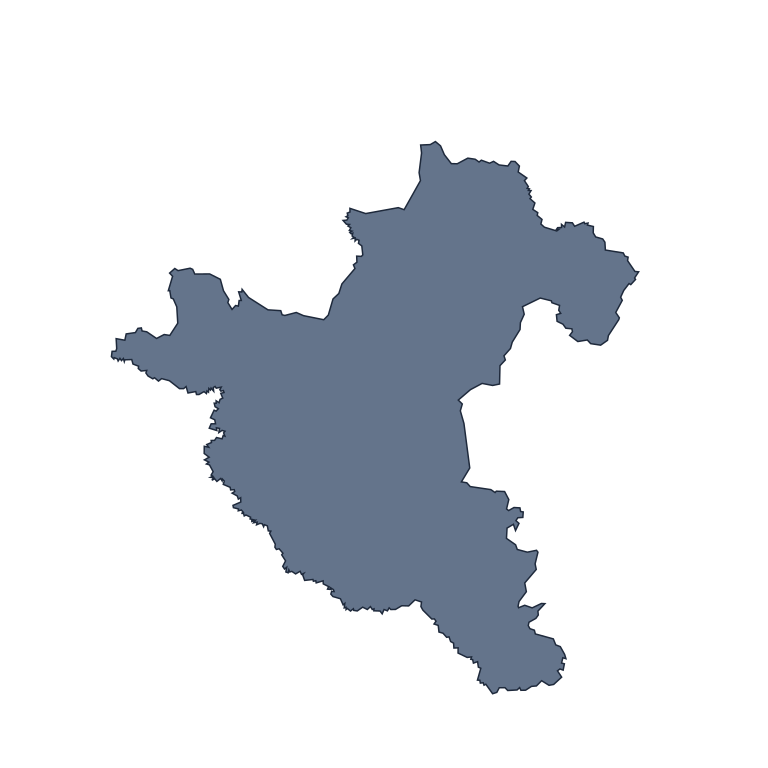 the district of Sawang Daen Din, Sakon Nakhon, Thailand, rotated 290°
{"feature_id": "78962969B25029845772948", "entity_name": "Sawang Daen Din", "entity_type": "district", "adm_level": 2, "iso_a3": "THA", "parent_name": "Thailand", "parent_adm1": "Sakon Nakhon", "projection": "mercator", "projection_center": [103.39, 17.476], "detail": "fine", "context": "isolated", "style": "filled", "palette": "slate", "viewbox_px": 768, "rotation_deg": 290, "n_neighbors": 0, "source": "geoboundaries", "source_scale": "gbopen_adm2", "svg_char_len": 6171}
<svg xmlns="http://www.w3.org/2000/svg" viewBox="0 0 768 768"><g transform="rotate(290 384 384)"><path d="M215.0,290.4L216.8,293.1L215.3,295.7L213.6,294.3L214.4,296.2L212.2,297.8L213.7,299.1L213.2,304.2L211.4,304.3L211.8,308.0L210.5,306.5L209.6,306.8L211.8,309.8L209.0,308.9L210.8,312.1L208.1,312.4L210.6,315.1L211.0,317.4L208.7,319.7L210.9,319.7L210.8,322.9L206.4,325.5L207.0,328.0L204.5,327.6L196.3,336.6L193.3,337.3L191.7,339.5L193.3,341.8L190.4,346.9L188.5,346.3L184.1,352.0L178.0,351.2L176.1,353.8L178.4,355.2L173.8,356.1L173.8,358.5L176.7,358.2L175.1,359.7L176.4,361.5L175.3,365.9L179.3,369.2L176.9,371.6L178.5,373.3L176.9,372.8L172.3,376.6L176.0,384.1L174.5,385.1L175.8,387.2L173.9,388.3L178.2,394.1L175.4,395.3L174.7,401.2L171.9,401.1L172.8,404.4L174.3,403.1L173.5,406.8L171.9,408.1L171.2,405.7L168.4,405.9L166.8,408.7L167.3,416.5L162.5,421.1L164.4,422.2L160.0,423.2L161.2,424.7L159.1,425.5L160.5,426.2L159.2,430.2L162.3,432.1L160.9,433.0L161.6,436.5L167.0,440.3L166.4,445.5L170.2,447.4L168.1,450.1L169.3,451.5L167.4,452.0L169.3,457.9L167.4,460.9L172.1,461.2L172.0,464.8L175.4,465.4L174.4,467.5L176.1,471.9L181.7,476.5L183.9,483.1L191.8,487.0L192.0,493.8L187.5,494.8L184.8,497.9L179.5,509.3L180.5,511.7L178.9,514.0L175.6,513.1L175.7,517.5L169.7,520.5L170.0,524.7L167.4,529.5L168.6,531.6L164.8,534.7L164.3,538.0L159.8,540.0L161.4,543.9L156.5,545.6L155.5,555.7L157.5,559.6L155.0,559.7L155.3,561.6L152.3,563.5L155.1,566.9L150.2,569.5L150.0,572.2L137.7,573.1L138.4,575.4L135.9,576.8L137.2,579.4L135.2,581.0L136.7,582.4L130.1,592.0L132.8,595.5L138.0,596.2L140.0,601.6L138.3,605.1L142.0,613.7L145.1,615.3L143.0,617.4L144.7,621.8L150.3,626.0L152.4,630.5L159.1,633.6L157.3,642.1L159.7,646.2L169.3,651.2L173.8,645.1L176.4,646.8L176.4,650.2L182.8,649.2L182.5,646.3L187.9,645.7L188.1,648.9L191.7,646.2L197.5,639.5L197.6,634.6L202.4,630.3L200.9,611.7L204.1,609.5L204.0,604.8L206.3,602.2L209.7,601.7L215.7,606.9L219.7,608.0L223.2,606.3L232.6,610.3L231.6,607.0L224.3,599.8L224.2,591.9L219.8,587.0L221.0,586.0L225.8,585.3L237.5,588.8L245.2,584.3L261.8,590.5L266.7,587.5L278.6,586.2L279.9,584.2L275.0,576.2L274.1,565.8L277.9,562.7L280.8,551.9L290.7,548.9L296.4,553.6L291.3,557.7L299.2,558.5L300.7,554.7L304.1,555.5L306.1,560.1L311.4,558.6L310.9,556.0L314.1,554.1L312.4,548.4L307.7,544.4L308.5,541.9L318.1,540.8L324.2,534.1L321.7,526.2L320.0,525.5L321.3,520.5L317.1,500.1L319.5,495.6L318.5,490.2L334.4,493.3L374.3,472.6L384.9,464.9L392.0,464.4L394.3,459.3L408.3,467.2L418.1,476.0L419.8,486.6L423.5,492.6L440.9,486.7L448.1,489.8L451.5,487.1L460.6,490.7L467.2,490.2L481.7,493.2L488.3,491.2L497.5,491.9L504.0,487.7L518.2,501.4L519.4,512.8L517.8,514.0L517.9,522.1L513.0,523.0L510.8,525.9L508.1,522.3L502.1,525.2L501.4,531.7L498.6,535.8L500.1,541.7L497.6,543.2L493.2,541.8L490.2,551.6L494.9,560.0L492.6,564.4L494.6,574.3L501.5,579.1L506.3,578.3L524.8,582.6L526.7,582.5L530.5,577.3L544.1,579.3L546.5,576.7L553.9,577.3L562.2,579.9L561.8,581.9L568.3,584.6L569.3,583.2L576.5,584.9L575.6,581.3L583.2,570.7L586.7,570.0L586.6,566.5L589.0,564.0L585.6,546.2L592.8,543.1L595.1,539.9L594.6,532.6L597.6,528.9L603.6,526.9L602.9,520.8L605.0,520.7L603.3,517.8L604.5,516.6L597.4,509.2L599.9,505.9L598.0,499.4L593.3,500.0L594.7,496.2L591.8,497.3L590.3,493.7L588.4,493.2L589.1,495.4L586.9,494.0L586.2,481.1L588.0,476.7L592.7,476.2L594.8,470.3L597.6,469.9L599.0,464.1L605.7,463.9L608.1,457.8L610.1,458.5L612.0,455.2L616.0,456.0L615.3,453.5L617.1,453.9L616.8,451.6L618.9,452.1L623.1,446.4L626.4,447.8L629.1,437.6L635.1,436.7L637.9,431.0L636.7,427.3L631.2,425.8L629.2,417.2L630.7,410.8L627.6,407.7L627.6,398.9L625.1,397.4L626.4,392.8L624.9,385.5L616.0,377.5L614.1,371.9L620.1,362.3L627.1,355.7L629.4,349.4L624.8,345.6L621.1,336.7L613.9,340.3L594.6,344.7L587.6,348.7L554.7,343.3L554.6,337.1L537.9,308.5L537.4,291.9L534.0,293.2L532.0,291.0L529.8,292.5L528.2,291.1L528.0,293.6L525.3,293.0L523.7,289.6L521.3,294.0L522.1,297.0L520.1,296.1L519.5,299.4L516.4,298.9L516.7,301.6L514.7,300.0L513.9,301.8L515.0,303.1L512.2,303.4L511.6,305.5L509.9,304.6L511.4,307.0L508.5,307.9L510.6,308.9L510.5,311.4L507.4,311.9L506.2,315.9L498.1,319.9L496.2,319.1L494.8,314.6L489.2,316.9L485.5,314.5L482.6,317.2L463.6,310.2L453.6,310.6L446.5,307.0L429.7,308.1L423.8,305.4L420.7,285.0L421.2,277.1L414.5,267.4L414.2,264.6L417.6,261.9L414.0,249.6L419.0,227.1L424.4,218.3L421.9,218.9L420.9,215.9L413.7,221.3L412.9,219.3L407.4,220.5L407.0,217.7L402.1,215.7L407.1,209.4L410.4,209.3L416.7,201.3L426.4,194.4L427.8,182.5L422.6,168.6L426.3,165.0L426.5,162.2L420.1,151.7L421.0,147.9L414.9,144.6L412.9,148.5L397.9,149.4L398.4,150.8L392.0,154.4L391.9,156.9L385.6,162.9L370.6,169.4L356.4,166.1L355.3,160.5L349.0,154.7L351.9,143.2L351.1,138.5L353.7,136.8L352.1,133.7L347.3,132.8L342.9,124.6L336.5,125.5L335.0,116.8L325.9,120.7L323.1,120.8L321.7,117.3L316.5,118.5L315.0,121.6L316.5,121.5L316.4,124.9L314.7,126.3L317.8,127.1L316.2,129.3L318.8,130.4L316.2,132.3L318.1,132.2L320.7,138.6L316.9,141.3L316.8,147.3L314.5,147.8L313.1,151.3L315.6,156.4L312.9,156.5L310.8,159.5L309.8,165.0L311.4,166.2L309.6,171.1L313.0,173.2L313.7,181.2L309.7,193.4L311.1,197.3L313.9,198.9L308.5,202.9L312.5,209.7L310.0,211.4L310.8,213.7L315.3,217.5L314.3,220.4L316.9,220.0L316.3,221.9L319.9,220.9L319.0,223.0L321.0,222.9L319.0,226.4L322.3,224.8L323.9,226.1L322.7,227.8L325.4,232.1L322.5,231.7L321.5,233.2L322.9,235.3L321.3,236.6L319.4,233.8L315.6,237.3L313.5,235.2L310.0,235.4L310.8,232.0L308.5,232.9L307.9,231.0L304.9,233.0L304.1,236.8L301.1,235.5L301.3,233.3L292.9,232.5L292.5,237.2L289.0,239.3L287.5,235.2L282.7,234.9L283.1,242.9L285.5,241.5L286.0,244.6L281.9,245.4L285.0,247.7L285.2,250.7L283.2,250.0L280.6,252.3L280.6,250.5L277.1,250.6L276.4,244.9L273.1,244.1L271.8,240.9L270.0,241.9L266.5,238.1L264.6,240.9L264.0,236.4L257.2,238.8L255.4,244.7L251.3,241.2L250.7,246.2L248.1,244.5L248.3,247.7L243.2,253.4L239.3,252.7L238.8,254.8L237.0,252.9L237.6,256.0L234.7,255.2L237.0,257.3L235.3,260.3L239.3,262.8L237.6,265.0L239.4,264.6L238.2,267.1L234.7,267.3L234.3,274.8L232.0,276.1L233.5,279.4L231.9,280.5L229.5,278.6L228.6,284.4L226.0,286.5L228.1,288.2L224.1,289.8L218.3,283.6L216.3,284.8L216.8,290.0L215.0,290.4Z" fill="#64748b" stroke="#1e293b" stroke-width="1.5"/></g></svg>